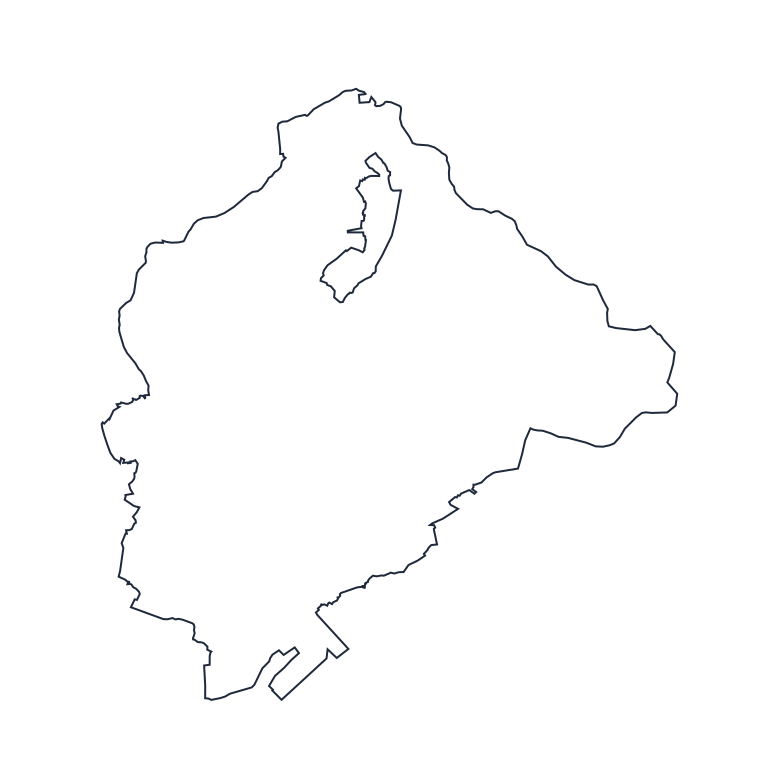 Tusnad, Harghita, Romania, rotated 171°
{"feature_id": "2599482B98397413805718", "entity_name": "Tusnad", "entity_type": "district", "adm_level": 2, "iso_a3": "ROU", "parent_name": "Romania", "parent_adm1": "Harghita", "projection": "equal_earth", "projection_center": [25.878, 46.177], "detail": "fine", "context": "isolated", "style": "outline", "palette": "slate", "viewbox_px": 768, "rotation_deg": 171, "n_neighbors": 0, "source": "geoboundaries", "source_scale": "gbopen_adm2", "svg_char_len": 6157}
<svg xmlns="http://www.w3.org/2000/svg" viewBox="0 0 768 768"><g transform="rotate(171 384 384)"><path d="M447.5,657.7L449.0,653.7L448.8,650.0L449.8,632.2L450.6,627.4L447.6,627.1L447.7,624.3L445.9,622.8L450.0,619.8L451.9,614.7L452.7,613.9L455.7,611.6L458.8,610.4L462.3,606.9L465.7,605.6L468.0,602.5L474.1,596.5L478.6,594.2L483.7,594.3L488.5,592.2L504.5,582.4L514.9,577.8L523.9,575.6L536.3,576.2L542.3,574.9L546.7,572.1L550.8,567.0L553.2,565.1L559.1,556.7L559.9,556.3L564.5,556.0L571.6,556.8L576.5,558.3L580.2,560.2L580.2,558.0L587.7,559.5L590.7,559.3L592.8,559.0L596.2,556.4L597.5,554.7L598.0,551.2L599.9,547.6L599.9,542.7L600.4,541.0L608.3,535.3L610.8,532.0L616.6,513.3L621.2,506.3L626.0,504.4L633.1,499.4L634.3,497.1L634.4,493.0L635.8,489.2L635.8,483.7L637.0,480.8L637.2,476.8L635.2,461.4L633.0,454.9L626.2,443.1L623.8,436.8L622.2,435.0L620.0,430.1L618.6,424.2L616.8,419.2L617.9,414.4L617.8,409.9L622.2,410.3L622.0,407.6L622.4,407.3L624.0,409.9L626.3,410.6L627.2,410.4L627.4,408.5L631.4,407.0L632.1,407.8L633.3,407.8L634.8,409.7L634.1,407.7L635.5,405.7L639.6,404.5L641.6,404.7L646.5,406.9L647.1,405.9L651.2,405.8L650.4,403.7L648.9,402.8L655.3,400.1L660.5,392.4L660.7,393.0L666.6,388.6L667.9,390.1L669.1,388.7L669.2,384.7L668.3,376.7L666.7,367.0L665.0,358.7L662.0,352.3L658.2,349.1L657.1,347.1L655.2,352.0L652.4,349.8L653.9,346.9L649.1,346.5L649.2,345.8L647.5,345.7L646.5,345.8L646.8,347.1L643.7,347.0L641.6,347.7L639.7,343.7L642.4,336.4L643.3,335.2L644.6,334.9L644.9,331.4L645.6,329.5L647.7,327.2L651.6,324.9L651.1,320.1L649.1,314.9L656.8,314.8L656.8,313.3L658.2,310.3L649.9,302.5L644.9,300.4L648.2,296.1L652.7,292.2L650.7,288.2L650.7,285.8L652.5,285.1L655.8,280.2L658.7,279.5L661.6,279.9L661.4,276.4L662.6,276.8L668.0,267.8L667.1,262.8L673.9,240.6L676.2,235.2L669.9,231.0L668.8,229.3L666.7,228.4L666.7,227.8L668.2,227.3L668.7,226.4L666.0,226.2L664.8,225.5L663.5,222.5L660.8,220.5L658.4,216.9L658.1,214.7L661.8,209.4L663.9,210.3L668.9,203.1L638.7,186.3L634.7,185.5L629.6,185.9L626.7,184.1L623.6,184.2L619.8,182.7L610.8,177.7L609.6,176.4L609.2,173.7L610.2,170.6L610.0,167.4L612.5,162.6L612.5,161.6L611.0,161.0L608.3,158.2L604.6,157.4L602.4,156.1L599.5,152.2L600.1,149.2L596.4,146.7L597.5,145.7L598.7,142.7L600.1,134.0L605.7,134.1L607.8,113.8L609.8,101.6L606.6,100.8L604.0,99.0L594.6,99.4L589.6,100.2L584.6,102.2L562.2,105.0L559.1,107.2L548.6,122.2L540.9,127.9L539.1,131.3L536.5,134.1L529.4,137.4L525.5,132.1L513.4,137.8L510.1,131.5L518.7,125.9L526.9,119.4L537.3,112.8L544.8,103.7L541.5,99.4L542.3,98.8L542.0,98.4L534.6,88.1L483.7,121.9L481.2,130.8L473.5,120.8L460.6,127.9L486.1,166.5L487.0,168.9L483.7,171.1L484.4,172.7L480.9,174.9L480.6,176.0L480.0,176.1L479.0,175.4L477.5,175.7L474.7,173.9L473.5,176.0L472.2,176.7L469.8,174.7L468.3,176.4L464.4,177.5L462.9,179.4L463.2,180.4L461.9,180.5L460.4,181.7L460.5,183.3L459.2,184.3L442.5,187.3L438.1,187.2L435.0,185.7L434.7,186.4L435.8,187.7L434.5,187.6L434.0,189.5L433.1,189.7L433.2,190.4L430.8,191.0L430.5,192.3L428.6,194.2L424.9,196.4L421.4,195.2L416.4,195.3L414.1,194.7L406.6,196.6L403.6,195.2L398.8,195.8L394.1,195.2L388.1,201.4L378.1,204.4L370.3,208.1L371.2,210.0L366.9,213.3L366.3,214.5L363.4,217.0L362.2,217.5L356.7,217.2L357.5,231.8L357.4,233.2L355.9,234.1L356.6,236.7L360.5,237.5L358.1,238.8L346.8,241.8L330.4,249.1L337.1,254.2L338.2,257.2L331.5,261.2L329.8,260.6L328.3,262.5L326.7,261.8L325.0,263.7L316.4,265.9L311.9,261.5L309.9,262.9L313.3,266.4L311.8,268.1L311.4,270.6L309.7,270.3L303.1,271.5L297.3,275.7L290.6,278.8L287.7,279.4L264.9,279.5L258.5,293.3L253.3,306.4L246.3,317.3L243.7,315.6L239.9,314.2L234.5,313.0L227.0,309.2L219.9,304.5L210.7,302.0L193.6,294.5L184.7,289.3L177.5,287.8L170.8,288.2L166.0,289.3L159.3,294.7L153.1,302.2L139.9,311.8L133.9,315.0L130.2,315.1L123.8,313.5L108.7,311.6L99.4,317.0L95.9,328.5L103.9,341.2L101.2,345.8L95.3,358.6L91.8,370.0L101.4,384.6L102.6,387.9L104.1,389.9L105.7,390.4L111.9,399.7L117.3,397.6L127.6,397.9L145.9,402.9L152.9,405.8L153.5,411.3L152.5,419.5L151.2,423.1L154.5,432.4L158.6,447.3L161.4,449.5L166.5,450.2L179.7,456.8L187.6,463.6L195.8,473.0L202.2,484.4L208.0,490.5L221.0,499.2L224.4,508.3L228.2,516.3L228.5,520.5L229.5,524.5L231.9,527.2L238.0,531.4L243.9,536.7L247.1,537.2L251.7,536.3L258.9,541.1L264.8,542.1L268.8,543.5L273.8,548.1L283.1,561.2L284.0,564.5L283.9,568.0L285.8,571.0L287.5,575.5L286.9,582.2L285.6,587.7L286.1,591.8L287.0,594.9L286.4,598.1L286.7,599.4L287.7,600.9L290.6,603.0L292.7,605.7L297.1,609.8L303.1,612.8L314.3,615.4L318.1,617.6L320.0,623.7L326.0,636.4L326.7,643.7L324.1,652.8L324.1,654.6L325.1,656.2L333.0,661.2L337.4,662.4L338.6,662.3L340.7,660.5L344.3,659.3L348.1,659.6L349.3,660.8L348.4,663.0L348.5,664.1L351.6,669.4L354.3,664.7L364.1,665.6L363.6,673.5L356.1,673.2L357.3,673.8L358.0,675.5L362.7,677.5L365.3,679.9L370.2,679.0L376.0,679.6L379.2,678.8L383.1,676.3L394.3,671.7L398.3,671.1L410.4,666.4L417.5,661.0L418.6,661.0L419.8,662.2L429.4,661.6L438.4,658.6L443.3,659.0L447.5,657.7ZM411.9,471.4L414.7,471.6L419.7,477.4L418.1,483.6L421.2,488.8L424.6,490.7L424.9,492.8L430.5,495.8L429.7,498.4L426.6,500.6L426.9,503.0L425.4,505.8L421.2,510.1L411.2,515.1L400.7,522.0L399.9,521.1L395.1,523.8L388.1,520.1L384.4,517.4L382.2,519.5L382.4,520.8L381.3,522.5L379.3,529.0L379.8,529.2L379.5,532.9L381.0,533.5L380.8,537.0L396.0,539.4L395.8,541.0L381.8,541.4L382.0,543.4L380.6,548.5L378.5,548.4L377.9,549.3L377.4,552.8L376.7,552.9L376.5,553.8L378.3,554.6L377.8,556.3L378.2,556.4L377.4,558.2L374.9,560.5L373.7,565.1L374.0,567.2L375.2,567.0L375.8,571.6L380.9,581.6L377.8,583.3L375.7,588.7L373.8,587.8L372.9,589.4L371.1,588.8L370.6,590.5L369.8,590.0L366.3,591.4L363.8,591.5L356.2,590.2L356.0,591.5L356.9,592.9L360.2,595.8L361.7,598.4L364.5,599.7L367.3,605.5L367.4,607.3L362.8,610.5L356.2,613.4L354.3,609.3L351.5,606.1L350.0,602.2L349.1,601.9L347.5,597.7L347.0,594.1L344.8,592.4L345.4,589.1L346.8,588.6L347.4,586.3L347.4,582.3L346.6,575.5L344.8,573.5L337.0,572.6L346.8,544.5L353.0,529.4L366.1,510.7L373.7,501.4L374.6,496.5L376.1,495.1L377.3,495.2L380.3,492.0L385.8,490.6L393.5,487.4L394.6,485.8L398.6,483.2L400.6,479.3L402.0,479.0L403.6,479.6L404.7,478.5L405.8,478.2L409.2,475.1L411.9,471.4Z" fill="none" stroke="#1e293b" stroke-width="2"/></g></svg>